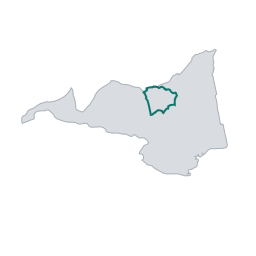 Lom-Et-Djerem, Est, Cameroon (highlighted), rotated 258°
{"feature_id": "32672807B76674513300734", "entity_name": "Lom-Et-Djerem", "entity_type": "district", "adm_level": 2, "iso_a3": "CMR", "parent_name": "Cameroon", "parent_adm1": "Est", "projection": "natural_earth1", "projection_center": [14.12, 5.232], "detail": "fine", "context": "in_parent", "style": "outline", "palette": "teal", "viewbox_px": 256, "rotation_deg": 258, "n_neighbors": 0, "source": "geoboundaries", "source_scale": "gbopen_adm2", "svg_char_len": 5462}
<svg xmlns="http://www.w3.org/2000/svg" viewBox="0 0 256 256"><g transform="rotate(258 128 128)"><path d="M69.0,175.2L69.4,173.8L72.8,167.3L74.9,156.8L75.9,154.3L76.9,152.7L81.7,147.1L83.5,145.3L86.2,143.3L88.1,139.2L88.7,138.7L89.5,138.4L93.7,134.9L94.1,135.6L94.3,136.4L94.7,136.8L96.0,137.1L97.9,137.0L98.9,136.8L99.5,136.1L100.1,134.2L100.4,133.8L100.9,133.7L102.9,135.1L106.3,138.9L107.1,139.5L107.5,140.3L108.2,143.7L108.6,144.6L109.3,145.0L110.6,144.7L112.0,144.1L113.2,143.2L114.4,142.1L115.2,141.0L115.5,140.3L115.7,137.5L116.0,136.8L120.3,132.8L120.2,132.4L119.5,131.2L118.9,129.9L119.5,128.6L120.2,127.6L122.7,124.2L122.9,121.8L124.9,117.9L126.1,112.8L126.1,111.8L128.8,106.1L131.5,105.6L132.6,104.9L133.8,103.4L134.6,102.2L135.0,100.9L135.3,98.5L135.8,95.8L136.1,93.4L136.9,91.2L138.3,90.1L140.7,89.2L141.1,88.7L141.4,87.3L141.8,82.4L142.2,80.2L144.4,77.8L145.4,74.0L146.3,70.0L148.8,65.2L151.8,60.4L153.2,59.1L154.4,58.5L155.7,58.4L156.6,58.1L159.8,55.7L161.1,54.9L162.1,54.0L162.4,53.3L162.5,52.2L162.1,49.8L162.7,47.9L163.0,45.1L163.2,42.9L163.0,42.2L162.4,40.9L161.5,39.5L159.9,38.7L157.7,38.5L156.5,38.0L156.1,35.4L155.9,33.9L154.5,25.5L157.3,25.5L160.6,26.5L161.4,27.2L161.9,30.1L163.1,31.7L165.2,33.1L166.5,35.8L167.1,40.0L168.2,42.5L168.5,42.9L170.2,47.7L170.3,49.8L170.1,51.3L170.8,53.1L169.8,56.3L169.5,58.2L169.4,60.8L170.0,65.6L171.0,69.2L172.0,72.2L173.2,74.5L175.1,77.0L177.2,79.3L179.1,80.7L177.3,81.6L173.9,81.7L171.9,81.2L171.0,81.2L170.0,81.5L166.4,81.9L162.7,81.7L159.3,81.2L157.2,81.2L155.6,82.6L154.3,84.8L153.1,86.4L153.6,88.3L154.5,89.3L156.2,91.6L157.8,93.7L158.6,95.2L161.8,98.4L164.8,101.3L166.3,102.3L166.8,102.5L168.5,104.1L170.8,106.8L172.9,111.1L175.8,119.5L176.5,120.2L177.5,120.7L177.6,121.6L177.5,122.9L177.2,124.0L174.8,128.4L172.8,130.1L172.2,131.1L171.4,133.7L169.5,138.7L168.7,139.4L166.8,142.8L165.3,147.1L164.9,147.8L164.3,148.3L162.1,149.4L161.4,149.9L160.3,151.3L160.2,152.1L160.7,153.4L161.3,154.3L162.4,154.3L163.0,155.2L163.0,161.9L162.5,162.9L162.5,163.3L162.3,164.5L162.2,165.8L162.4,166.3L162.8,166.7L163.4,167.6L163.7,169.6L164.5,176.8L164.8,177.9L165.4,178.7L167.3,180.3L169.3,182.3L170.0,183.7L170.3,185.8L171.1,187.5L171.1,188.1L170.8,188.3L169.5,188.5L170.0,189.7L171.0,191.9L176.1,198.5L181.0,204.5L182.2,204.9L183.0,205.0L183.4,205.4L183.9,206.2L185.5,208.4L185.8,209.6L185.4,210.8L185.8,212.7L186.1,213.3L186.0,213.9L186.2,216.2L186.6,218.2L187.4,219.9L187.3,221.0L186.3,221.7L185.8,222.8L185.6,224.3L185.9,226.2L186.6,228.4L186.6,229.7L185.5,230.5L184.1,229.0L182.7,228.0L180.5,226.2L178.3,225.6L175.5,225.5L174.3,225.7L172.2,224.3L171.5,224.1L170.5,224.7L169.9,224.7L169.1,224.5L167.5,224.5L167.3,223.5L167.1,223.3L165.3,223.4L164.8,222.5L164.5,222.6L163.9,222.3L162.5,221.1L161.0,221.9L157.9,221.8L142.5,221.8L142.1,220.7L141.4,220.1L140.0,220.1L135.9,220.3L132.7,220.1L130.6,219.7L128.0,219.4L124.8,219.6L121.5,219.6L115.6,219.3L112.3,219.3L112.4,220.0L112.2,220.5L112.0,221.7L91.0,221.7L89.3,220.9L88.8,220.4L88.6,219.4L88.3,219.2L88.6,215.0L89.3,211.5L89.6,208.2L90.6,205.3L90.0,202.4L89.4,201.2L86.3,197.1L87.7,195.5L85.8,195.8L85.4,194.2L84.5,192.4L85.1,192.1L85.6,191.1L87.3,191.4L87.3,190.9L85.8,189.4L85.9,188.6L86.6,187.8L86.3,187.4L85.2,188.3L84.4,188.3L83.8,187.7L83.4,187.6L83.6,188.8L83.0,189.8L82.5,190.2L81.5,190.1L80.7,189.8L80.5,189.3L79.7,188.8L77.6,188.0L75.9,187.1L75.5,184.6L74.8,183.6L74.5,182.3L74.4,181.0L74.6,178.8L74.2,178.5L73.6,178.4L72.9,178.5L72.2,178.3L71.3,177.2L70.6,176.7L71.1,178.9L70.5,179.5L69.3,179.3L68.7,178.5L68.6,177.9L69.2,175.3L69.0,175.2Z" fill="#d9dde1" stroke="#a8b0b8" stroke-width="1"/><path d="M136.1,153.0L136.0,153.8L136.0,154.5L136.3,155.2L136.6,155.3L137.2,156.6L137.4,157.9L138.0,158.2L138.2,159.1L138.8,160.3L139.1,160.8L139.1,161.4L138.4,163.4L137.8,164.3L137.5,165.0L136.8,165.2L136.0,165.1L135.3,165.6L135.4,165.9L136.1,166.5L137.1,167.6L137.7,168.2L138.5,169.2L138.8,169.8L138.8,170.4L138.6,171.3L139.8,171.7L140.8,171.8L141.6,174.2L141.5,175.1L141.5,175.3L141.3,178.1L140.9,178.6L142.5,178.9L144.7,179.3L145.8,179.7L146.1,179.8L146.4,180.1L146.9,180.1L147.4,180.7L148.2,181.1L148.8,181.9L149.6,182.6L150.3,182.4L151.3,182.2L151.9,182.2L152.5,182.0L152.8,181.5L152.5,179.9L153.1,178.8L154.7,177.6L156.5,176.9L157.1,176.3L157.4,175.7L157.4,174.0L157.4,173.1L157.5,173.0L157.8,172.7L158.4,172.8L158.6,171.9L159.0,171.6L159.8,171.5L160.1,171.3L160.7,170.4L161.0,169.9L161.4,169.6L161.3,168.9L161.0,168.3L161.1,167.7L160.7,167.1L160.7,166.4L161.0,166.2L161.3,166.1L161.6,165.8L161.8,165.6L162.0,165.4L162.0,165.2L162.1,164.9L162.3,164.3L162.4,164.2L162.4,163.9L162.5,163.8L162.6,163.7L162.8,163.6L162.8,163.1L162.9,162.7L162.8,162.4L163.0,162.2L163.1,161.9L163.3,161.7L163.1,161.4L163.0,161.1L162.9,160.8L162.9,160.7L162.7,160.5L162.7,160.2L162.7,159.9L162.8,159.7L162.9,159.4L162.9,159.2L163.1,158.6L163.2,158.2L163.2,157.7L163.2,157.2L163.2,156.1L163.1,155.6L163.1,155.3L163.1,155.0L163.1,154.9L163.1,154.7L162.9,154.3L162.6,154.3L162.4,154.5L162.2,154.6L161.7,154.7L161.4,154.6L161.2,154.5L161.1,154.4L161.1,154.2L161.0,153.9L160.9,153.9L160.9,153.7L160.8,153.4L160.7,153.2L160.4,153.0L160.2,152.8L160.1,152.5L160.0,152.3L160.0,152.1L160.1,151.8L160.1,151.7L160.1,151.4L159.7,151.2L159.5,150.7L159.3,150.8L158.7,151.5L157.9,151.4L157.4,151.8L156.5,151.9L154.2,152.3L153.5,151.7L153.2,151.7L152.3,152.1L150.9,152.8L148.3,153.0L144.8,153.1L143.4,153.1L137.4,153.1L136.1,153.0Z" fill="none" stroke="#0f766e" stroke-width="2"/></g></svg>